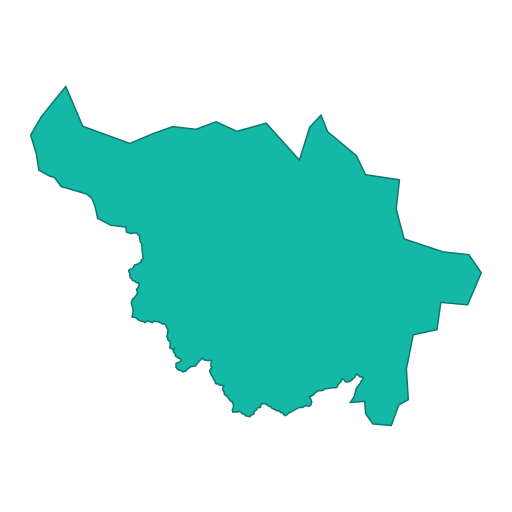 outline of Nookat, Osh, Kyrgyzstan
{"feature_id": "92254566B4479421635169", "entity_name": "Nookat", "entity_type": "district", "adm_level": 2, "iso_a3": "KGZ", "parent_name": "Kyrgyzstan", "parent_adm1": "Osh", "projection": "equal_earth", "projection_center": [72.518, 40.099], "detail": "fine", "context": "isolated", "style": "filled", "palette": "teal", "viewbox_px": 512, "rotation_deg": 0, "n_neighbors": 0, "source": "geoboundaries", "source_scale": "gbopen_adm2", "svg_char_len": 3895}
<svg xmlns="http://www.w3.org/2000/svg" viewBox="0 0 512 512"><path d="M253.9,413.9L254.3,411.4L256.7,409.8L257.2,408.8L258.1,407.4L260.5,407.6L260.6,406.4L260.7,405.4L261.8,403.7L264.6,403.7L265.9,404.1L266.4,404.3L266.6,404.5L268.1,405.8L269.3,406.3L269.8,406.4L270.0,406.5L271.3,407.3L271.6,408.0L273.4,409.1L274.4,409.1L275.9,410.4L277.1,410.7L278.4,410.6L280.7,412.5L280.8,412.6L282.2,412.4L284.4,415.2L284.7,415.5L286.0,415.4L288.3,413.5L288.4,413.4L296.3,409.0L298.9,407.7L299.1,407.6L300.4,407.5L300.7,407.5L302.7,407.4L305.3,405.7L308.5,406.1L309.2,406.3L310.8,404.9L311.8,401.8L310.7,398.9L308.9,397.1L311.5,396.1L314.4,394.0L314.7,393.0L316.8,391.8L317.3,391.0L322.9,390.4L323.3,390.2L323.5,389.9L324.4,388.9L327.5,388.6L331.5,387.8L332.3,387.8L336.6,387.6L338.4,384.3L341.0,381.4L341.3,381.1L342.2,379.0L343.8,379.3L344.0,379.6L345.1,381.4L345.6,381.9L347.3,381.9L348.5,381.9L349.3,381.5L350.1,381.1L350.9,380.8L354.6,377.4L356.4,374.3L357.1,374.3L360.2,377.0L362.3,376.9L363.1,378.3L360.8,381.8L360.4,383.1L356.3,388.4L354.2,396.8L350.3,402.4L364.8,401.4L365.6,413.7L372.8,423.9L391.3,425.5L398.7,405.1L408.3,399.6L406.4,368.9L413.2,334.8L437.0,329.6L440.8,302.4L467.6,304.8L481.3,272.8L468.9,254.7L443.1,251.9L404.1,238.9L396.2,209.0L399.4,179.8L365.5,174.7L356.5,155.8L327.7,131.8L321.8,117.2L321.0,115.1L309.7,127.2L299.4,160.1L266.2,123.2L236.8,131.3L216.1,121.8L195.9,129.3L172.7,126.6L152.1,134.0L129.8,143.5L82.7,126.2L65.8,86.5L55.1,99.5L41.0,117.2L30.7,135.1L36.5,154.6L38.9,170.2L50.0,176.3L54.5,177.5L61.3,186.8L65.1,187.7L86.5,194.0L92.1,198.7L95.2,207.0L97.7,218.4L110.7,225.2L126.3,227.1L126.0,228.9L126.5,232.1L131.5,233.6L134.0,232.8L135.1,233.1L136.7,232.9L138.2,234.8L139.6,236.2L139.4,237.4L140.1,240.4L140.3,241.9L140.9,242.9L141.6,243.5L141.9,244.1L141.9,246.2L142.2,248.4L142.0,249.4L142.3,251.6L142.4,253.3L142.9,255.5L142.8,256.9L143.5,257.6L143.6,258.2L141.7,259.6L141.0,260.5L141.5,261.5L138.1,263.8L135.6,264.9L134.6,264.9L134.4,265.3L134.2,265.8L132.3,268.9L131.8,269.4L130.2,269.2L129.2,269.8L128.6,270.9L130.1,274.5L129.8,275.4L130.4,277.9L131.7,278.6L132.3,280.2L135.3,281.4L136.0,282.5L138.9,283.0L139.3,284.1L138.0,287.6L136.5,289.4L137.6,293.1L136.9,293.9L135.9,295.8L135.3,296.3L134.3,298.0L133.0,298.5L132.4,299.9L131.8,300.8L131.4,301.9L131.5,303.5L132.6,308.1L133.0,309.2L132.9,310.5L133.2,311.5L133.0,312.9L132.4,315.3L132.1,317.2L133.8,317.2L136.4,318.0L137.5,319.3L139.6,320.6L142.6,321.6L143.7,321.5L144.7,322.7L147.9,320.7L151.0,322.2L152.6,322.5L154.0,321.1L158.9,322.0L162.5,324.0L164.3,323.7L165.8,325.1L166.1,326.4L166.6,327.3L166.9,327.9L167.2,328.6L168.2,329.9L167.6,331.9L167.8,333.0L166.8,336.7L167.9,338.7L167.9,339.6L168.8,340.9L170.1,341.3L170.2,343.1L170.1,345.7L170.0,345.9L169.9,348.1L172.9,349.4L174.2,348.9L173.2,350.7L173.4,352.2L175.7,354.4L175.2,355.8L178.0,357.9L180.7,359.0L181.1,360.7L179.3,362.0L176.0,363.4L176.0,367.3L178.2,369.9L181.7,370.7L182.7,372.0L184.0,371.5L185.6,371.2L186.8,369.7L190.8,366.7L195.5,366.0L197.9,362.7L199.9,360.5L202.5,358.2L204.5,360.1L206.5,360.2L208.1,360.6L210.5,360.3L211.6,360.9L211.0,363.7L210.9,366.2L211.9,367.9L210.8,368.7L209.8,370.5L210.0,371.2L209.8,371.8L211.4,375.3L212.6,376.5L213.1,377.8L213.2,378.5L213.8,379.6L214.1,380.3L214.8,380.7L215.5,382.6L215.3,383.1L216.4,384.0L218.2,383.7L218.7,384.5L219.8,385.1L221.5,385.0L222.4,385.6L223.8,385.8L223.3,386.4L223.4,387.3L223.0,388.2L222.7,388.6L223.0,390.1L223.5,390.6L223.5,391.2L223.9,391.7L224.1,392.8L224.5,393.4L224.3,394.3L224.7,394.6L225.8,395.6L227.2,396.4L230.8,401.4L231.9,401.2L232.2,401.1L232.4,401.9L232.6,402.8L233.1,404.1L233.5,405.6L233.3,407.6L232.2,409.5L232.9,412.2L235.2,411.8L237.1,412.1L239.8,411.3L241.5,412.9L242.4,413.8L244.2,414.3L245.7,415.8L249.0,416.6L250.1,416.5L250.3,416.3L250.7,415.6L251.0,415.4L252.2,414.7L252.7,414.5L253.9,413.9Z" fill="#14b8a6" stroke="#0f766e" stroke-width="1.5"/></svg>